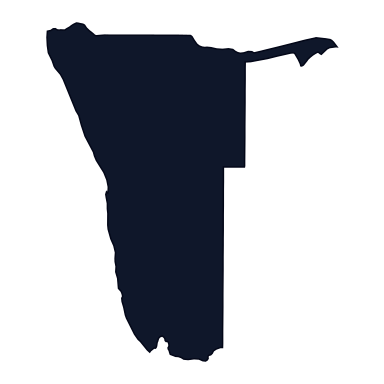 map outline of Namibia (Equal Earth projection)
{"feature_id": "NAM", "entity_name": "Namibia", "entity_type": "country or territory", "adm_level": 0, "iso_a3": "NAM", "parent_name": "Africa", "parent_adm1": "", "projection": "equal_earth", "projection_center": [18.141, -22.953], "detail": "fine", "context": "isolated", "style": "filled", "palette": "ink", "viewbox_px": 384, "rotation_deg": 0, "n_neighbors": 0, "source": "natural_earth", "source_scale": "50m", "svg_char_len": 2797}
<svg xmlns="http://www.w3.org/2000/svg" viewBox="0 0 384 384"><path d="M296.8,42.4L301.4,41.2L305.8,40.1L310.9,39.0L315.0,38.1L316.0,37.8L325.8,38.9L330.1,39.6L331.6,40.4L333.5,42.2L337.0,46.8L336.1,46.7L329.5,47.6L327.0,48.9L321.3,54.3L320.1,53.6L318.8,52.5L317.6,52.1L315.2,53.4L312.7,55.0L310.0,57.2L307.7,59.4L307.0,60.5L303.4,65.0L302.3,65.7L301.2,66.0L300.8,65.8L300.4,63.9L298.3,59.4L294.9,53.6L293.9,53.0L293.3,52.8L290.7,53.0L283.2,54.7L277.0,56.1L267.4,58.5L257.0,60.4L250.7,61.6L245.2,61.9L245.1,67.7L245.1,79.4L245.0,91.1L245.0,102.8L244.9,114.4L244.8,126.1L244.8,137.7L244.7,149.3L244.6,160.9L244.6,165.9L244.4,167.0L241.3,167.0L234.2,167.0L228.2,167.0L223.4,167.0L223.4,173.9L223.4,182.0L223.3,190.1L223.3,198.2L223.3,206.3L223.2,214.4L223.2,222.5L223.2,230.5L223.1,238.6L223.1,244.7L223.1,245.4L223.0,257.1L223.0,269.6L222.9,282.0L222.8,294.4L222.8,306.7L222.7,319.1L222.6,331.4L222.6,343.7L222.5,347.5L220.4,347.5L216.2,349.0L213.4,350.9L212.2,353.3L210.7,354.8L208.7,355.3L207.9,356.5L208.1,358.5L207.3,359.9L205.6,361.0L202.8,360.7L199.0,359.0L194.0,358.7L188.1,359.5L183.8,359.1L181.2,357.5L178.4,356.5L175.5,356.3L173.8,355.6L170.3,354.3L169.6,352.2L169.2,350.6L168.2,348.9L168.1,347.6L168.9,346.5L169.0,344.8L168.4,342.5L167.5,341.4L166.1,341.5L165.2,340.6L164.9,338.7L164.1,337.4L162.2,335.9L159.6,337.0L158.4,338.6L157.7,341.1L157.1,342.4L156.8,344.5L156.6,346.0L156.0,347.6L155.3,348.2L154.6,347.9L153.3,348.6L150.5,350.9L149.7,352.1L147.3,349.9L140.5,341.5L138.1,339.3L134.5,334.1L126.5,318.1L125.4,315.0L123.8,307.3L122.1,301.5L121.8,298.2L122.7,296.3L122.1,293.7L121.2,291.4L118.5,288.4L117.7,278.4L115.8,271.9L116.1,266.5L115.2,261.7L115.1,258.5L115.5,252.5L113.9,245.7L110.9,238.9L108.2,229.2L107.8,225.0L107.9,213.5L107.4,208.8L107.4,203.3L106.3,197.6L105.8,194.4L106.5,192.0L107.0,192.7L107.7,193.1L108.2,189.8L108.3,186.9L106.9,179.8L103.9,172.4L96.4,160.4L94.5,155.9L93.5,152.1L85.1,136.2L81.4,125.0L78.8,115.4L76.1,110.9L63.3,79.4L60.5,74.3L55.4,68.3L54.2,66.3L52.2,60.5L48.4,52.8L47.4,45.6L47.0,37.4L47.4,31.2L50.8,30.5L53.2,28.8L55.3,28.7L57.5,30.0L59.7,30.1L60.6,29.9L64.7,30.1L67.0,28.6L69.7,27.1L71.3,25.8L73.5,24.4L76.4,23.0L78.1,23.2L80.2,23.7L82.9,24.2L84.5,25.1L86.4,28.0L89.2,30.7L91.3,32.3L93.8,34.4L94.5,35.2L95.6,35.6L96.2,35.8L100.7,35.4L104.7,35.1L109.1,35.2L117.3,35.2L125.5,35.2L133.7,35.2L141.9,35.2L150.1,35.2L158.3,35.3L166.5,35.3L174.7,35.3L178.0,35.3L183.9,35.4L190.1,35.5L190.7,35.6L191.4,36.2L192.0,36.7L194.2,40.4L196.9,44.2L199.2,46.0L202.0,47.1L204.6,47.5L207.0,47.3L211.0,47.7L216.7,49.0L222.5,49.4L228.5,48.8L232.8,49.5L235.2,51.4L237.7,52.7L240.3,53.3L243.8,52.9L248.2,51.5L251.9,51.7L253.7,52.8L254.7,52.8L261.1,51.3L266.3,50.0L274.1,48.1L280.6,46.5L290.1,44.1L296.8,42.4Z" fill="#0f172a" stroke="#020617" stroke-width="1.5"/></svg>